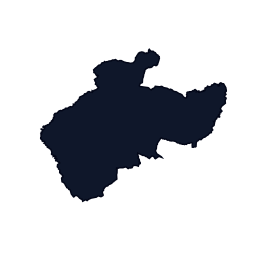 the district of Paltas, Loja, Ecuador, rotated 121°
{"feature_id": "8360857B19688519580687", "entity_name": "Paltas", "entity_type": "district", "adm_level": 2, "iso_a3": "ECU", "parent_name": "Ecuador", "parent_adm1": "Loja", "projection": "robinson", "projection_center": [-79.812, -4.002], "detail": "fine", "context": "isolated", "style": "filled", "palette": "ink", "viewbox_px": 256, "rotation_deg": 121, "n_neighbors": 0, "source": "geoboundaries", "source_scale": "gbopen_adm2", "svg_char_len": 5781}
<svg xmlns="http://www.w3.org/2000/svg" viewBox="0 0 256 256"><g transform="rotate(121 128 128)"><path d="M86.0,54.4L84.9,56.3L83.4,56.4L81.5,55.6L79.3,56.4L78.5,57.7L78.3,56.9L77.9,56.7L77.0,57.3L75.2,57.2L74.3,56.8L73.5,57.2L72.2,57.0L71.8,56.4L71.8,55.5L71.2,55.2L70.6,55.8L71.1,56.7L70.0,57.2L69.1,56.4L67.2,57.3L66.9,56.4L66.1,56.6L65.1,56.2L64.4,58.2L63.4,58.9L61.0,58.9L56.6,57.3L54.3,59.0L52.2,59.1L51.6,59.8L51.6,61.1L51.1,61.6L50.1,61.7L48.8,61.3L47.6,63.2L46.1,62.7L45.3,63.0L43.0,65.0L40.9,68.8L41.4,70.1L41.8,70.4L41.4,71.3L41.5,71.7L42.5,72.3L43.6,72.3L44.5,71.4L45.3,71.9L45.5,72.6L44.4,73.3L44.9,74.3L45.2,76.7L45.6,77.1L46.8,77.1L48.1,78.4L49.1,78.0L50.9,79.6L51.2,81.4L52.1,81.2L54.2,82.5L56.2,81.4L57.1,82.8L57.4,82.8L57.7,82.3L58.1,83.1L58.7,83.3L58.8,83.9L60.3,84.6L60.9,85.7L59.8,86.0L59.8,86.4L61.8,88.1L60.7,88.5L60.5,90.3L61.3,90.8L62.5,90.6L62.7,91.7L63.6,91.9L64.7,93.0L65.3,94.1L66.1,94.0L66.2,95.0L66.8,95.6L67.3,95.7L68.7,94.9L69.4,94.9L69.9,93.5L70.7,93.9L72.0,93.5L72.9,94.2L72.7,95.1L73.0,96.1L71.7,99.0L71.9,101.2L72.2,101.7L72.1,105.1L73.1,108.0L72.6,109.6L72.8,111.5L73.8,112.3L73.8,114.9L75.0,118.2L74.9,120.3L75.2,120.9L76.4,122.1L78.2,126.1L79.5,126.0L80.8,126.5L81.5,127.1L82.1,126.9L82.5,127.6L83.4,127.7L83.5,129.5L83.0,130.8L83.1,131.7L86.3,139.2L86.1,139.9L85.5,140.2L83.4,140.5L82.1,139.3L81.5,139.2L78.3,140.9L76.8,141.1L76.5,141.6L75.7,141.4L74.0,142.2L72.5,142.4L71.6,142.9L71.1,142.7L70.1,143.5L68.7,143.0L68.1,143.3L66.2,141.9L65.3,141.7L65.2,140.7L64.5,140.2L64.4,139.6L64.0,139.5L63.5,139.0L61.8,138.7L61.1,138.3L60.3,137.6L60.2,136.2L59.5,135.6L57.9,135.5L57.3,136.3L56.9,135.8L54.2,136.4L51.9,137.1L51.5,137.8L50.7,138.1L50.8,139.0L50.2,139.8L50.3,141.5L49.4,143.4L49.6,145.1L49.3,145.7L49.7,146.0L49.7,146.9L50.5,147.7L49.6,150.3L50.6,150.4L52.5,149.5L52.5,149.2L54.1,150.1L54.2,150.8L54.7,150.8L55.1,152.0L55.7,152.4L55.1,153.3L55.7,155.3L57.3,156.9L57.9,156.7L58.2,157.4L58.8,157.6L59.2,157.3L60.9,157.6L63.2,157.5L63.7,157.8L66.2,156.5L69.4,157.0L71.3,159.1L72.0,161.3L72.8,163.0L73.5,165.6L73.7,168.5L74.4,169.7L75.9,171.1L75.8,174.0L76.7,174.7L77.7,176.3L79.0,176.9L80.5,178.9L81.4,179.4L82.4,180.7L83.0,181.0L83.2,182.4L84.4,182.3L85.5,183.8L86.5,184.0L87.3,183.7L88.0,184.0L88.7,184.8L89.3,185.0L89.3,185.4L91.5,186.1L92.3,186.0L93.1,186.7L95.9,187.4L97.0,186.3L98.0,185.8L97.8,184.6L99.3,181.9L99.3,181.6L98.4,181.3L98.4,180.5L100.9,180.2L101.8,180.9L103.7,181.7L104.9,180.2L105.5,178.9L107.2,178.5L107.3,176.9L108.2,175.7L108.4,174.2L108.7,174.1L111.4,174.9L113.3,176.5L114.4,176.7L114.5,177.9L115.9,177.1L116.2,178.2L116.9,178.9L116.7,179.8L117.2,180.6L118.2,181.2L119.5,181.1L120.2,181.9L120.8,181.9L121.1,182.8L122.8,182.8L126.1,185.1L126.6,185.3L128.4,184.4L129.0,185.1L130.4,184.9L132.5,185.6L133.2,186.2L135.3,185.7L135.7,187.1L136.7,186.5L138.3,186.5L139.0,187.3L139.5,187.5L139.2,188.0L139.5,188.5L141.4,189.7L142.4,189.7L142.9,191.3L143.4,191.8L144.3,191.7L145.8,193.0L147.2,193.5L147.8,194.9L148.6,195.6L149.5,196.1L151.5,196.2L153.2,198.1L154.9,198.2L156.4,196.8L157.3,197.3L157.8,196.8L159.8,196.8L160.5,196.2L161.3,197.2L162.2,196.7L163.7,197.6L165.2,197.2L166.7,198.6L167.4,198.6L167.8,199.4L168.6,199.8L169.3,199.6L169.7,201.1L170.4,201.5L171.0,201.4L170.9,199.4L171.9,199.2L173.0,200.0L173.3,201.5L173.7,201.8L174.2,199.7L175.3,199.6L176.4,200.2L176.9,199.3L177.8,199.7L178.2,198.9L178.8,199.0L179.9,198.0L180.9,198.0L182.0,197.4L182.3,197.0L182.3,195.8L183.3,194.9L183.3,193.9L182.5,193.0L182.6,192.3L183.2,191.8L184.3,192.1L184.2,190.7L185.1,189.4L184.8,188.3L186.0,187.3L186.0,186.8L185.1,186.3L186.1,185.2L186.0,183.2L187.9,180.8L189.8,180.1L190.0,179.0L189.7,177.6L190.9,177.4L189.5,175.9L189.5,175.3L191.6,175.3L191.7,174.9L190.9,173.6L191.2,173.0L192.8,173.5L193.3,173.0L192.8,172.1L193.1,170.0L192.6,169.6L192.9,168.8L193.5,168.5L195.6,169.5L197.7,168.6L198.1,166.8L198.9,166.4L199.0,165.3L199.3,164.7L201.5,163.5L201.6,162.2L201.9,161.9L201.7,161.0L202.4,160.0L202.5,159.2L203.8,158.6L204.3,159.1L205.3,159.0L208.1,156.8L207.8,155.1L208.7,152.8L209.6,151.7L209.9,150.5L210.6,149.9L210.4,148.0L211.1,147.1L210.8,145.7L213.7,142.6L215.1,139.2L214.5,138.7L213.3,138.6L212.5,137.6L212.2,136.6L212.4,135.2L213.0,133.5L213.1,131.5L212.7,130.7L214.1,129.1L211.2,127.3L211.3,125.7L209.5,125.1L207.1,123.5L203.5,119.5L201.5,118.7L200.8,115.8L199.2,114.8L198.3,114.7L196.8,116.5L195.8,117.3L194.0,116.9L192.5,117.7L191.7,117.3L191.3,117.5L189.0,116.7L188.1,115.6L186.4,115.4L185.3,114.4L184.5,114.2L184.0,113.5L182.5,113.4L181.2,112.6L180.6,112.8L179.9,112.2L178.6,112.0L178.0,111.3L177.5,111.3L173.9,113.8L172.2,114.3L169.0,116.1L169.1,116.8L168.4,116.7L168.1,117.0L167.5,115.7L166.4,114.8L164.6,111.8L162.7,110.2L162.4,109.0L162.7,107.0L161.4,106.3L161.1,105.4L159.9,104.1L157.3,104.2L155.8,101.6L155.4,99.5L154.0,99.9L152.9,99.8L152.2,99.2L151.7,99.5L151.3,99.8L151.8,100.3L151.5,100.3L150.7,101.3L150.3,101.3L149.0,102.4L148.9,103.6L147.2,104.3L145.7,106.3L144.5,106.7L144.6,105.9L144.1,104.2L143.9,101.3L143.1,100.0L143.2,97.9L142.7,96.9L143.1,96.0L143.1,94.0L139.8,93.2L139.4,92.5L139.3,90.9L140.2,89.3L140.2,88.7L136.4,86.9L135.8,83.8L135.5,84.6L135.3,90.0L133.8,92.4L132.3,93.2L131.3,93.0L127.9,94.7L127.0,94.4L125.8,95.0L119.9,94.7L119.2,94.0L119.4,92.8L118.9,92.1L118.7,90.8L117.9,90.0L118.1,88.0L117.3,86.6L117.4,85.7L116.7,84.1L115.8,82.9L115.2,81.0L115.0,80.2L115.3,78.0L114.7,77.0L114.7,75.3L114.2,75.2L114.0,73.2L113.2,71.8L113.1,71.1L112.2,70.4L111.9,69.5L111.1,69.4L110.0,68.5L109.6,67.6L107.9,66.3L107.9,64.9L109.6,64.2L111.3,63.0L110.9,62.1L110.0,61.5L109.5,60.5L108.8,60.2L105.6,61.9L104.0,62.2L103.0,61.5L101.0,61.1L100.4,59.4L98.0,58.8L96.9,58.2L96.2,57.4L93.7,56.5L92.9,55.9L90.4,55.5L89.0,54.2L87.8,54.9L86.0,54.4Z" fill="#0f172a" stroke="#020617" stroke-width="1.5"/></g></svg>